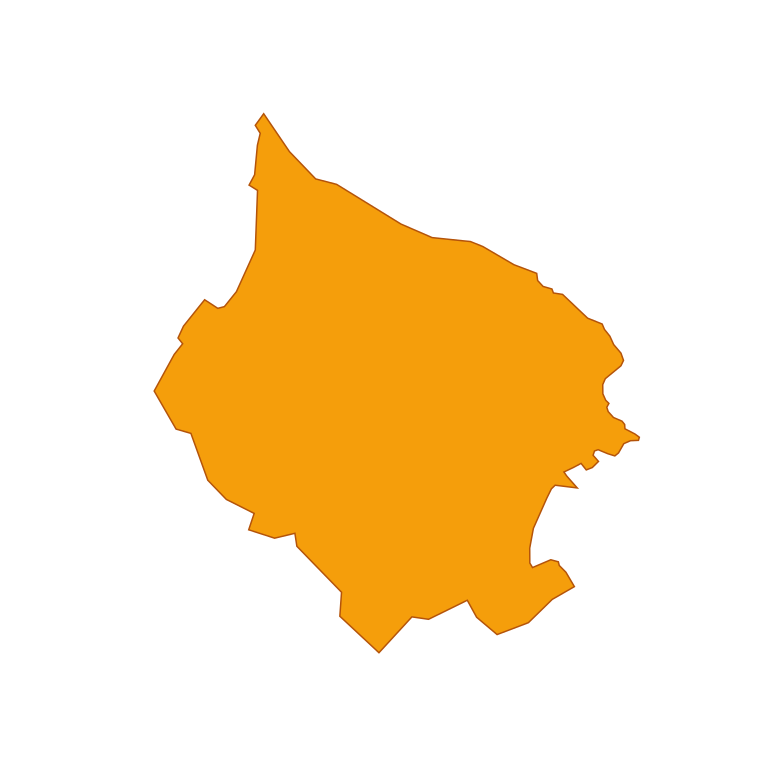 the district of Kotayk, Kotayk, Armenia, rotated 226°
{"feature_id": "60910142B27902732275271", "entity_name": "Kotayk", "entity_type": "district", "adm_level": 2, "iso_a3": "ARM", "parent_name": "Armenia", "parent_adm1": "Kotayk", "projection": "natural_earth1", "projection_center": [44.724, 40.239], "detail": "fine", "context": "isolated", "style": "filled", "palette": "amber", "viewbox_px": 768, "rotation_deg": 226, "n_neighbors": 0, "source": "geoboundaries", "source_scale": "gbopen_adm2", "svg_char_len": 1479}
<svg xmlns="http://www.w3.org/2000/svg" viewBox="0 0 768 768"><g transform="rotate(226 384 384)"><path d="M194.2,193.7L197.1,242.3L183.8,252.6L170.6,293.7L151.9,288.6L125.2,291.3L112.0,322.1L112.2,355.4L106.0,380.2L122.2,384.1L131.7,384.0L135.0,385.9L141.7,381.9L148.8,363.3L149.9,363.6L153.9,364.5L164.7,374.8L176.4,391.2L188.9,422.1L192.3,431.6L192.3,436.8L175.0,450.8L190.7,451.5L195.7,452.3L192.4,462.2L190.0,470.6L181.7,469.8L179.2,475.8L179.3,484.5L187.5,484.9L189.6,488.9L188.0,492.4L178.5,496.5L171.9,500.1L171.5,504.8L174.5,515.1L172.0,521.9L166.7,527.9L168.3,530.7L173.7,529.8L184.4,526.2L187.7,529.0L191.9,529.4L200.5,525.8L208.4,526.1L212.5,528.1L213.8,532.3L218.3,532.2L224.9,534.6L231.6,540.9L234.1,546.9L232.5,567.1L234.6,572.7L241.6,575.9L252.8,576.6L261.5,579.7L270.1,580.5L275.6,582.6L289.9,576.2L324.4,574.7L331.8,569.1L335.7,570.8L343.7,566.2L351.7,566.4L357.5,570.7L379.6,560.3L414.2,550.6L426.5,545.1L432.0,540.4L455.9,520.3L478.6,510.9L487.3,507.3L560.5,488.6L579.0,477.3L616.8,477.4L662.0,485.2L659.5,471.1L650.3,469.1L643.7,458.8L624.4,436.3L620.8,425.1L611.1,427.5L569.8,384.5L552.9,341.9L552.4,337.7L550.7,324.4L550.6,323.2L550.6,322.8L553.9,317.0L569.2,313.5L568.3,306.2L564.9,279.9L560.2,267.8L552.8,267.1L551.0,253.6L543.9,230.8L538.6,213.8L496.0,203.1L482.6,210.8L437.2,190.4L410.5,190.4L381.1,200.7L373.1,185.4L349.1,198.2L338.5,216.2L327.8,208.6L263.7,208.8L247.6,190.9L194.2,193.7Z" fill="#f59e0b" stroke="#b45309" stroke-width="1.5"/></g></svg>